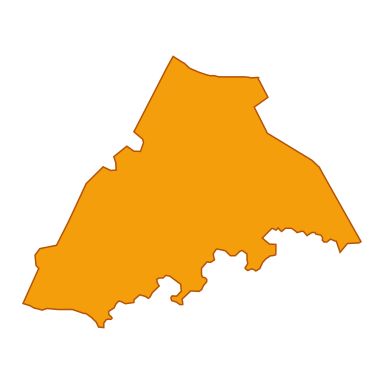 Niamina West, Central River, Gambia (orthographic projection)
{"feature_id": "56634734B81557661921178", "entity_name": "Niamina West", "entity_type": "district", "adm_level": 2, "iso_a3": "GMB", "parent_name": "Gambia", "parent_adm1": "Central River", "projection": "orthographic", "projection_center": [-15.252, 13.578], "detail": "fine", "context": "isolated", "style": "filled", "palette": "amber", "viewbox_px": 384, "rotation_deg": 0, "n_neighbors": 0, "source": "geoboundaries", "source_scale": "gbopen_adm2", "svg_char_len": 2774}
<svg xmlns="http://www.w3.org/2000/svg" viewBox="0 0 384 384"><path d="M339.7,251.1L340.1,252.3L347.4,243.5L358.9,242.9L361.0,241.7L347.2,217.2L331.8,189.8L327.2,181.6L323.4,174.8L322.9,174.0L319.5,167.6L319.5,167.4L319.3,167.3L317.0,165.1L311.9,160.3L284.8,143.8L267.3,133.2L265.7,129.9L254.2,107.1L267.9,97.3L257.7,77.6L258.0,77.5L257.7,77.4L250.6,78.0L249.6,77.4L244.4,76.9L228.7,76.9L219.0,76.9L214.6,75.8L212.4,75.6L210.3,75.8L204.5,74.2L198.3,72.0L193.9,70.1L189.5,68.2L184.6,63.5L181.3,61.6L173.4,56.6L173.1,56.4L167.4,66.7L134.9,129.9L134.6,130.4L133.9,131.7L134.6,132.3L135.1,132.8L138.4,135.6L142.7,139.2L143.5,142.8L141.7,147.9L140.5,151.4L133.9,151.2L126.8,146.2L126.7,146.3L113.8,156.7L115.7,162.4L116.1,168.5L116.2,170.1L111.5,170.4L110.8,170.4L110.5,170.4L103.1,166.8L103.0,167.0L86.2,183.6L78.6,200.0L75.2,207.3L70.1,218.2L69.1,220.4L65.9,226.8L63.2,232.1L56.9,244.6L56.5,245.3L39.9,248.6L35.2,254.9L35.0,255.2L36.1,265.6L38.8,268.4L37.9,270.3L23.0,303.5L24.0,303.8L29.6,305.5L34.5,308.2L37.2,308.7L42.4,310.1L43.5,309.6L47.1,308.5L49.2,308.7L58.2,309.5L67.8,309.5L72.4,309.5L81.2,312.5L83.6,313.4L86.1,313.6L91.5,317.5L93.7,319.7L96.2,322.1L97.0,323.8L98.0,325.8L98.6,327.1L99.0,327.1L103.8,327.6L103.8,323.2L106.0,319.9L107.9,319.1L110.6,319.4L112.0,318.5L111.7,317.2L109.3,315.0L108.7,313.6L108.7,311.4L114.2,307.8L114.7,306.5L116.1,303.7L117.2,302.6L118.5,301.2L119.1,301.2L121.0,301.5L125.4,303.7L133.8,302.5L134.1,299.7L135.5,298.5L139.8,294.8L145.3,296.4L148.3,298.3L149.9,297.2L150.8,295.5L152.4,292.6L159.2,286.0L157.5,283.2L156.7,279.4L159.2,278.0L163.0,278.0L165.7,275.5L166.8,275.5L170.1,276.3L180.7,284.3L181.3,291.2L176.7,296.1L175.6,296.1L174.2,296.1L172.3,295.8L170.9,297.5L171.5,300.5L176.4,302.1L179.9,304.6L182.7,304.6L182.7,303.7L182.7,302.7L182.1,299.1L190.8,290.9L199.0,291.4L201.1,290.0L201.5,289.8L203.4,285.6L206.7,281.8L206.7,281.5L206.7,279.3L205.3,277.9L202.3,276.9L201.5,274.1L201.5,268.3L206.9,262.0L210.7,262.3L214.5,259.8L213.4,255.7L213.4,253.5L216.4,249.1L217.5,249.1L225.2,250.7L230.4,255.7L235.3,255.7L239.9,251.3L241.8,250.7L242.6,250.7L247.0,254.0L247.0,259.8L247.6,262.3L247.6,263.9L245.1,267.7L245.4,268.8L247.8,270.5L249.2,269.9L251.7,268.8L254.1,269.7L255.8,271.0L259.8,268.6L262.0,263.7L262.6,262.5L265.8,258.9L270.2,255.9L272.9,255.6L275.7,254.8L275.9,250.1L275.9,244.4L269.4,244.1L262.3,238.1L269.1,231.1L271.8,228.5L272.9,228.5L275.9,230.1L276.5,229.8L278.1,227.9L279.7,229.8L281.6,231.5L284.1,229.3L285.7,228.2L291.7,228.4L295.3,230.9L296.9,232.5L297.5,232.5L301.3,231.4L302.9,231.2L304.0,232.0L307.0,235.6L311.9,232.5L314.9,232.5L316.0,234.2L320.7,235.0L322.6,237.7L322.3,240.2L324.2,242.1L327.2,241.8L330.5,239.1L334.9,241.0L336.3,241.2L339.7,251.1Z" fill="#f59e0b" stroke="#b45309" stroke-width="1.5"/></svg>